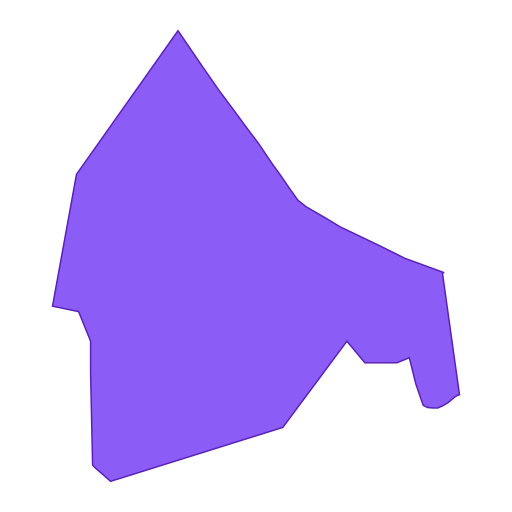 Trou Rouge, Castries, Saint Lucia
{"feature_id": "8701671B79423766550609", "entity_name": "Trou Rouge", "entity_type": "district", "adm_level": 2, "iso_a3": "LCA", "parent_name": "Saint Lucia", "parent_adm1": "Castries", "projection": "equal_earth", "projection_center": [-60.989, 14.006], "detail": "fine", "context": "isolated", "style": "filled", "palette": "violet", "viewbox_px": 512, "rotation_deg": 0, "n_neighbors": 0, "source": "geoboundaries", "source_scale": "gbopen_adm2", "svg_char_len": 625}
<svg xmlns="http://www.w3.org/2000/svg" viewBox="0 0 512 512"><path d="M52.5,306.2L78.6,311.6L90.6,341.2L90.6,373.6L92.6,465.1L94.8,467.5L110.6,481.3L282.8,427.4L346.9,341.2L364.9,362.8L396.9,362.8L409.3,357.7L415.8,383.9L421.8,401.3L423.3,405.4L427.5,407.5L432.8,408.0L437.8,408.0L443.5,405.4L448.4,402.4L454.5,397.2L457.6,395.2L459.5,394.8L442.4,272.7L444.2,272.7L404.8,258.3L381.0,246.4L340.2,226.9L326.4,218.5L306.0,206.7L297.9,200.2L289.9,189.0L280.6,175.4L272.5,164.2L258.0,142.7L247.6,129.0L233.4,109.7L219.0,90.4L202.2,66.2L178.0,30.7L76.5,174.3L52.5,306.2Z" fill="#8b5cf6" stroke="#5b21b6" stroke-width="1.5"/></svg>